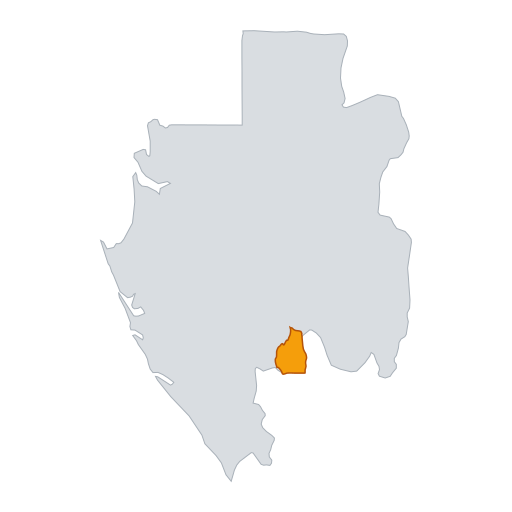 location of Louetsi-Bibaka, Ngounié, Gabon
{"feature_id": "22940354B39129548134605", "entity_name": "Louetsi-Bibaka", "entity_type": "district", "adm_level": 2, "iso_a3": "GAB", "parent_name": "Gabon", "parent_adm1": "Ngounié", "projection": "equal_earth", "projection_center": [12.206, -2.115], "detail": "fine", "context": "in_parent", "style": "filled", "palette": "amber", "viewbox_px": 512, "rotation_deg": 0, "n_neighbors": 0, "source": "geoboundaries", "source_scale": "gbopen_adm2", "svg_char_len": 4746}
<svg xmlns="http://www.w3.org/2000/svg" viewBox="0 0 512 512"><path d="M347.5,40.9L347.3,46.0L343.0,58.4L341.0,67.9L340.5,78.1L341.7,86.3L343.7,92.1L345.1,98.5L344.0,102.9L342.0,104.8L343.4,107.1L346.5,107.6L351.8,105.7L359.9,102.3L370.5,97.4L377.5,94.7L389.1,96.4L395.3,98.2L398.4,101.7L401.8,116.3L403.5,118.5L406.3,124.8L408.7,132.2L409.2,136.0L408.9,138.7L406.6,142.8L403.9,148.7L403.0,152.3L400.8,155.0L398.0,157.6L390.3,158.7L389.1,160.2L386.9,166.6L382.8,171.9L381.0,177.0L379.3,183.7L379.7,192.1L378.9,204.1L378.0,212.3L380.1,215.1L389.3,217.1L391.1,218.7L393.5,223.8L396.7,228.5L405.1,231.5L408.4,235.1L411.1,239.1L411.4,242.4L409.5,255.4L407.6,268.0L408.4,277.6L409.0,286.7L410.0,300.0L409.6,308.1L407.2,313.0L407.2,316.9L408.3,321.6L406.2,334.5L404.8,336.7L401.0,339.1L399.0,342.6L398.4,348.1L396.4,355.5L394.3,358.3L394.3,361.7L396.3,364.3L396.3,368.2L392.5,372.8L390.2,376.3L385.2,378.0L379.4,376.2L378.1,373.6L379.5,369.6L379.0,366.4L377.0,363.0L373.9,354.4L371.2,352.5L369.7,356.1L365.0,362.7L356.7,371.1L351.0,371.8L340.3,369.2L331.3,365.2L327.1,355.3L324.5,347.1L320.6,337.6L316.3,333.0L311.8,330.1L309.7,329.9L303.2,335.2L301.2,337.3L301.2,341.8L301.8,345.9L302.8,347.9L303.7,350.6L303.5,354.8L302.4,360.3L302.0,366.4L281.4,372.4L277.9,370.2L275.3,367.5L272.2,368.0L263.3,371.1L260.0,368.9L256.7,367.3L255.3,368.6L255.1,371.3L256.6,385.6L256.2,391.1L254.2,398.2L253.1,403.1L258.6,404.5L260.5,406.7L262.4,410.3L265.1,413.7L265.2,415.7L262.3,419.5L261.2,424.1L262.7,427.7L266.4,431.5L271.8,435.4L274.4,438.0L274.2,440.3L271.7,445.4L270.7,449.6L269.0,453.4L269.3,456.9L271.8,460.2L271.5,463.2L269.9,465.4L266.5,464.9L263.6,465.2L261.1,464.3L253.1,453.0L251.3,452.6L239.7,461.4L236.8,465.0L234.4,470.1L231.2,481.3L226.0,474.8L221.4,462.9L216.1,455.6L204.9,443.8L201.9,435.1L189.1,415.9L170.8,396.7L157.5,380.1L155.5,376.4L157.7,376.8L170.5,385.1L172.3,384.2L173.8,382.3L168.2,378.0L162.9,374.6L158.0,372.4L153.0,372.6L150.2,369.1L148.4,363.7L147.5,359.2L145.3,354.4L138.3,344.5L136.5,340.7L132.7,335.5L135.0,334.8L142.6,339.8L143.3,337.8L142.6,334.9L135.0,330.1L130.9,329.8L129.9,326.5L130.5,322.7L125.1,308.3L119.4,297.5L118.5,292.4L133.7,315.8L135.8,316.2L138.5,316.0L144.7,313.4L143.5,310.3L140.7,306.9L138.0,308.4L134.4,308.8L132.5,307.4L131.7,305.0L135.2,293.6L133.7,294.2L132.5,296.2L130.6,297.1L127.6,297.7L120.1,291.6L113.5,275.2L111.7,271.8L109.9,266.1L108.2,263.8L100.6,240.4L103.5,242.1L107.0,248.9L113.7,247.5L116.3,243.6L118.6,243.7L121.0,242.8L123.9,239.1L132.5,223.0L134.8,201.8L134.1,189.2L132.8,176.6L135.7,172.6L136.8,175.3L137.3,179.7L138.7,183.0L141.8,186.0L147.5,186.8L156.3,191.4L159.4,194.3L160.3,188.5L170.4,183.4L167.4,181.6L158.3,183.6L146.0,176.1L141.9,171.3L138.0,162.3L134.0,157.5L134.3,153.3L143.2,149.4L145.6,149.8L146.5,154.5L148.9,156.4L149.8,155.8L150.2,151.8L150.2,141.1L147.5,125.7L148.4,122.8L150.8,121.7L153.0,119.7L154.5,119.3L157.5,119.7L159.0,123.2L159.8,125.2L162.9,126.1L165.4,128.0L167.5,127.5L169.3,125.2L171.9,124.8L180.0,124.8L187.3,124.9L202.0,124.9L216.6,125.0L231.2,125.0L242.2,125.1L242.2,116.3L242.1,102.8L242.0,86.8L242.0,71.4L241.9,57.3L241.9,40.5L242.5,35.7L243.2,33.7L242.9,30.9L254.2,30.7L274.7,32.0L283.7,31.8L286.2,32.0L297.4,31.2L306.5,32.2L310.3,33.4L313.8,34.0L324.6,34.7L338.8,33.8L343.6,34.0L346.3,36.4L347.5,40.9Z" fill="#d9dde1" stroke="#a8b0b8" stroke-width="1"/><path d="M290.1,327.4L290.3,328.3L290.6,329.4L290.6,331.5L290.5,332.4L290.4,333.2L290.2,334.2L290.0,335.0L289.7,335.6L289.3,336.6L288.9,337.3L288.5,338.5L288.2,339.4L287.7,340.3L287.3,340.3L286.8,340.2L286.4,340.5L286.1,341.0L285.7,341.6L285.3,342.3L285.1,342.8L284.6,343.8L284.3,344.5L283.8,344.9L283.4,344.8L283.0,344.4L282.9,343.9L282.5,343.7L282.1,343.7L281.6,344.0L281.0,344.5L280.7,345.0L280.2,345.6L279.8,346.1L279.4,346.4L279.0,346.6L278.5,347.1L278.0,347.8L277.7,348.4L277.3,349.3L276.9,350.5L276.6,351.7L276.6,352.6L276.6,353.5L276.6,354.4L276.6,355.2L276.5,356.2L276.5,356.9L276.2,357.6L275.8,358.2L275.4,358.9L275.3,359.5L275.3,360.5L275.4,362.0L275.6,362.8L275.8,363.7L276.0,364.5L276.4,365.6L276.6,366.4L276.8,367.0L276.9,367.4L277.8,367.3L279.0,368.1L280.6,370.0L281.7,371.8L282.3,373.6L283.1,374.2L284.7,373.9L287.0,373.1L288.9,373.0L291.4,373.0L294.6,373.1L298.0,373.1L304.5,373.1L305.0,373.0L305.1,372.3L305.1,370.7L305.1,369.8L305.6,368.1L306.0,366.3L305.9,365.1L305.6,363.4L305.6,361.9L305.9,360.3L306.3,359.2L306.6,357.9L306.4,356.1L305.9,354.1L305.3,353.0L304.7,352.0L304.0,350.6L303.4,349.1L303.1,347.5L302.8,345.7L302.6,343.5L302.3,340.3L302.1,338.3L302.0,336.2L301.7,334.5L301.8,333.3L300.9,331.5L299.5,331.0L297.4,330.7L295.7,330.5L294.5,330.0L293.6,329.5L292.9,328.8L292.2,328.1L291.5,327.8L290.7,327.8L290.1,327.4Z" fill="#f59e0b" stroke="#b45309" stroke-width="1.5"/></svg>